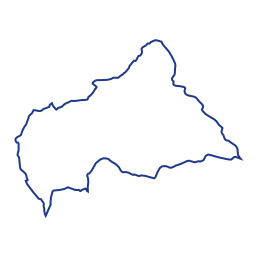 SVG path tracing the border of Central African Republic
{"feature_id": "CAF", "entity_name": "Central African Republic", "entity_type": "country or territory", "adm_level": 0, "iso_a3": "CAF", "parent_name": "Africa", "parent_adm1": "", "projection": "natural_earth1", "projection_center": [20.084, 6.633], "detail": "fine", "context": "isolated", "style": "outline", "palette": "blue", "viewbox_px": 256, "rotation_deg": 0, "n_neighbors": 0, "source": "natural_earth", "source_scale": "50m", "svg_char_len": 3762}
<svg xmlns="http://www.w3.org/2000/svg" viewBox="0 0 256 256"><path d="M183.9,87.1L184.7,87.4L185.2,88.3L184.5,91.2L185.0,93.1L186.4,94.6L187.9,95.3L189.3,95.7L194.2,96.7L196.2,97.7L198.9,101.2L202.2,104.4L203.1,106.1L202.9,107.6L201.9,109.4L202.1,110.2L203.6,112.0L205.4,113.9L208.6,116.0L214.2,119.3L216.8,121.6L217.7,123.2L219.1,125.0L221.1,126.7L222.5,128.0L221.5,131.6L221.8,132.8L222.3,133.8L223.5,135.3L224.0,137.1L225.1,139.4L226.5,140.4L228.8,140.8L230.0,141.9L232.6,143.7L235.0,145.3L236.1,146.4L236.7,147.3L237.3,148.5L237.6,149.6L237.7,152.0L238.1,155.1L239.4,157.2L240.6,158.7L235.6,156.9L234.9,156.9L234.0,157.2L231.4,159.4L230.5,159.6L229.6,159.5L227.3,159.2L219.3,157.5L213.1,155.8L211.3,155.2L208.0,154.6L205.8,155.8L203.8,159.6L203.2,160.4L200.0,161.6L198.5,161.2L194.8,162.3L189.1,160.7L187.1,161.0L185.5,161.8L181.4,163.6L178.9,164.6L176.0,165.5L173.3,166.9L171.4,167.7L169.6,167.7L168.0,166.9L166.2,166.2L164.0,166.1L161.8,166.5L159.9,168.0L159.2,169.1L157.5,172.1L155.6,176.9L154.8,177.8L154.6,177.9L154.1,178.3L145.2,175.9L141.4,175.4L138.8,176.1L135.5,174.8L134.1,174.5L133.4,174.9L131.6,174.3L128.7,172.7L125.8,172.0L123.3,172.3L121.7,171.7L120.5,170.1L118.9,167.2L116.0,164.3L112.1,162.0L109.7,160.3L108.7,159.1L106.6,158.5L103.4,158.3L100.3,159.5L95.9,163.1L91.7,170.5L89.5,173.3L87.6,174.1L87.2,175.8L88.1,178.7L88.3,181.9L87.7,187.5L87.9,191.5L86.9,190.9L86.0,189.0L85.5,188.6L82.8,189.5L81.4,190.2L80.7,191.0L80.1,191.1L79.2,190.1L78.5,189.9L77.5,190.1L76.4,190.0L75.7,189.9L75.2,190.0L73.9,189.4L69.2,187.8L68.4,187.3L67.5,187.4L65.1,188.7L63.8,189.1L59.9,189.9L55.8,190.4L54.2,190.4L53.1,191.0L52.4,191.8L52.0,193.7L51.1,196.9L50.8,197.8L50.9,199.1L50.6,201.3L50.5,203.2L50.7,204.5L49.5,207.2L48.1,210.3L46.9,213.1L45.7,215.8L44.9,214.0L44.4,211.7L44.2,209.2L44.3,208.5L44.0,207.8L43.9,207.6L43.5,205.7L43.9,204.4L43.6,203.0L42.6,201.6L41.8,200.6L41.3,199.6L40.9,199.2L39.9,199.1L38.6,198.6L36.9,196.5L35.2,194.5L33.1,192.0L31.4,189.7L29.3,187.0L27.4,184.5L26.2,182.1L25.8,180.7L26.3,180.6L27.2,180.5L27.5,180.3L27.5,179.6L26.7,177.7L26.3,175.3L25.6,173.8L23.3,171.5L21.2,169.8L20.5,168.9L20.1,167.6L19.3,159.6L19.0,157.3L18.3,156.3L17.8,155.8L17.6,155.3L17.7,153.8L18.0,152.6L18.0,152.1L18.6,150.9L18.6,143.5L18.3,143.1L17.9,142.5L17.3,142.5L16.6,142.5L15.9,141.4L15.4,140.0L15.5,139.0L16.1,138.2L16.8,137.5L17.6,136.9L20.0,135.7L20.7,135.1L21.2,134.4L21.4,133.4L22.9,129.6L25.0,125.8L25.9,125.0L26.8,122.5L28.0,119.4L28.5,117.9L28.9,116.5L29.6,115.3L31.9,113.4L33.6,110.1L35.5,110.3L37.5,110.8L40.0,111.1L41.9,110.4L43.2,109.1L46.0,108.1L49.2,106.9L49.7,105.1L50.6,104.2L51.8,103.3L52.1,103.2L52.2,103.8L52.9,105.7L54.3,107.5L56.3,109.6L56.9,109.4L58.1,107.9L61.3,106.9L62.1,106.5L64.3,104.3L67.0,102.8L67.6,102.7L68.6,102.3L71.3,100.8L73.2,101.0L76.3,100.8L81.5,100.1L85.3,99.9L87.2,99.6L87.6,99.3L88.4,97.1L88.9,96.5L90.3,95.6L93.1,92.4L94.9,89.6L95.4,88.7L95.5,88.6L95.8,88.5L96.6,87.3L95.8,86.1L92.7,83.7L92.8,83.3L92.6,82.9L92.8,82.6L94.0,81.6L95.6,80.5L97.2,80.1L101.7,80.1L105.4,79.9L106.3,80.0L109.2,79.4L111.2,78.9L113.3,77.7L118.0,77.8L121.9,74.8L123.0,74.3L123.5,73.8L123.6,73.4L125.4,72.2L127.5,69.8L129.1,67.6L129.5,66.0L133.9,60.7L135.5,60.9L136.2,60.2L138.0,56.7L138.5,56.0L139.3,55.8L140.3,55.4L141.2,54.4L141.9,52.9L141.9,50.9L141.6,49.4L141.6,48.7L142.0,48.0L142.7,47.3L146.0,45.4L146.9,44.5L147.4,43.7L148.3,43.5L149.3,43.6L150.0,43.1L150.7,42.2L153.0,41.1L155.2,40.2L157.4,40.5L159.3,41.0L160.8,41.6L161.5,41.7L162.7,44.2L163.3,45.1L168.4,51.0L169.4,52.4L171.9,56.7L173.4,59.6L175.2,63.8L175.4,66.1L175.1,68.0L174.8,73.5L174.3,75.1L172.1,78.1L172.0,79.4L172.5,80.5L173.2,81.0L173.6,81.5L173.3,84.1L174.1,85.1L175.8,85.8L180.0,86.2L182.2,86.6L183.9,87.1Z" fill="none" stroke="#1e3a8a" stroke-width="2"/></svg>